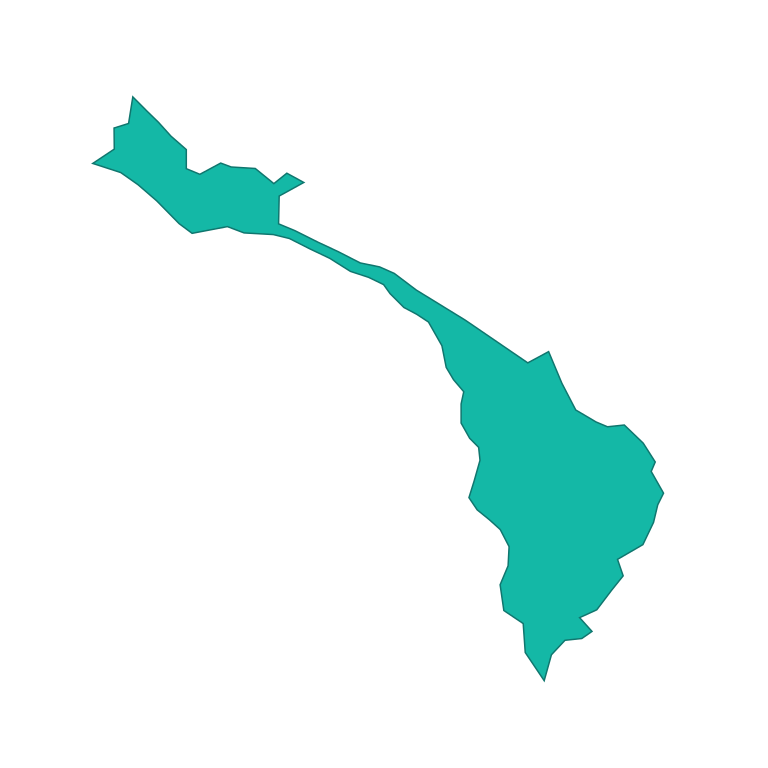 outline of Nikitas, Cyprus, rotated 354°
{"feature_id": "46923920B78041797088340", "entity_name": "Nikitas", "entity_type": "district", "adm_level": 2, "iso_a3": "CYP", "parent_name": "Cyprus", "parent_adm1": "", "projection": "orthographic", "projection_center": [32.942, 35.183], "detail": "fine", "context": "isolated", "style": "filled", "palette": "teal", "viewbox_px": 768, "rotation_deg": 354, "n_neighbors": 0, "source": "geoboundaries", "source_scale": "gbopen_adm2", "svg_char_len": 1296}
<svg xmlns="http://www.w3.org/2000/svg" viewBox="0 0 768 768"><g transform="rotate(354 384 384)"><path d="M512.3,695.8L522.2,670.8L537.2,657.8L554.1,657.8L565.0,651.8L554.1,636.8L572.0,630.8L588.9,612.8L601.8,599.8L597.9,582.8L624.7,570.8L637.6,549.8L643.6,532.8L650.6,521.8L640.6,498.9L645.6,489.9L635.6,469.9L618.7,449.9L601.8,449.9L590.9,443.9L572.0,429.9L561.0,401.9L551.1,369.0L529.2,378.0L471.5,329.0L426.0,294.0L405.8,275.1L391.9,267.1L373.0,261.1L352.3,247.6L351.8,247.3L333.2,236.1L322.6,229.3L311.3,222.1L295.9,213.7L296.1,212.1L299.4,186.1L325.3,175.2L309.4,164.2L295.4,173.2L278.5,156.2L254.7,152.2L244.7,147.2L222.8,156.2L209.9,149.2L211.9,130.2L198.0,115.2L187.1,100.2L177.1,88.2L164.2,72.2L157.2,98.2L142.3,101.2L140.3,122.2L117.4,134.2L144.3,146.2L160.2,160.1L177.1,178.1L197.0,203.1L208.9,214.1L244.7,211.1L260.6,219.1L262.4,219.4L289.5,223.8L305.1,229.4L324.3,241.8L343.1,253.3L362.4,268.5L379.8,276.3L394.0,285.1L399.5,294.8L411.8,310.0L423.7,318.0L434.7,327.0L445.6,352.0L447.6,374.0L453.6,387.0L462.5,400.0L458.6,411.9L456.6,430.9L463.5,446.9L471.5,456.9L471.5,469.9L463.5,489.9L456.6,505.9L463.5,518.9L474.5,529.9L484.4,540.9L491.4,558.8L488.4,577.8L478.5,595.8L479.5,621.8L497.4,636.8L496.4,665.8L512.3,695.8Z" fill="#14b8a6" stroke="#0f766e" stroke-width="1.5"/></g></svg>